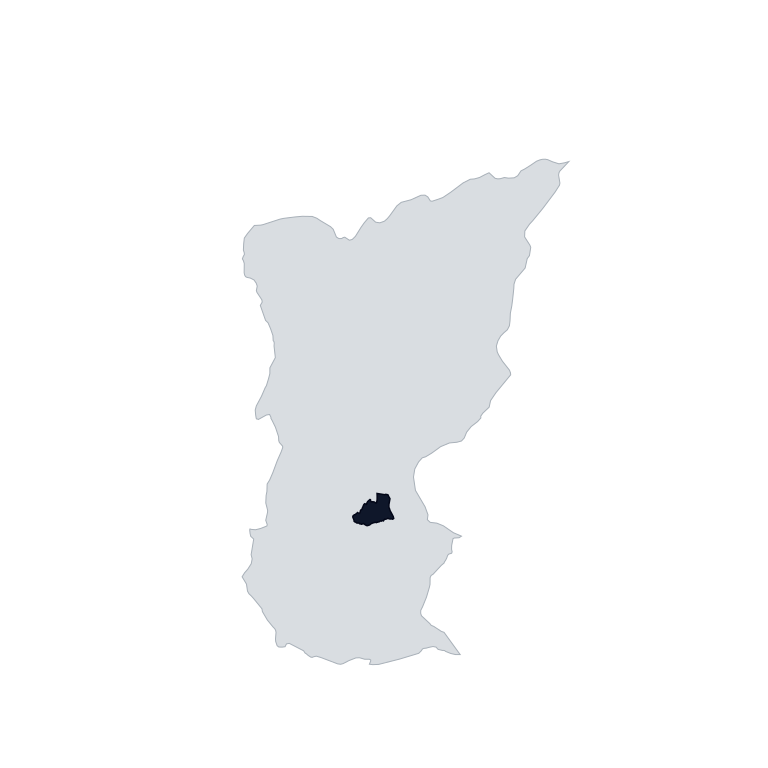 location of Bogangolo, Ombella-M'Poko, Central African Republic, rotated 297°
{"feature_id": "33826404B36599130273361", "entity_name": "Bogangolo", "entity_type": "district", "adm_level": 2, "iso_a3": "CAF", "parent_name": "Central African Republic", "parent_adm1": "Ombella-M'Poko", "projection": "albers", "projection_center": [18.123, 5.472], "detail": "fine", "context": "in_parent", "style": "filled", "palette": "ink", "viewbox_px": 768, "rotation_deg": 297, "n_neighbors": 0, "source": "geoboundaries", "source_scale": "gbopen_adm2", "svg_char_len": 5765}
<svg xmlns="http://www.w3.org/2000/svg" viewBox="0 0 768 768"><g transform="rotate(297 384 384)"><path d="M518.6,293.2L524.9,294.7L526.1,296.7L524.4,303.1L525.7,307.1L529.3,310.5L532.9,311.9L536.4,312.7L548.6,314.6L553.7,316.9L560.4,324.4L568.9,331.2L570.9,334.8L570.6,338.1L568.2,342.1L568.6,343.8L572.5,347.7L576.9,351.8L585.0,356.3L599.1,363.2L605.6,367.9L607.8,371.5L611.4,375.4L616.5,379.0L619.9,381.7L617.7,389.6L618.4,392.2L619.7,394.4L622.6,397.5L623.9,401.4L626.8,406.4L630.3,408.6L636.1,409.3L639.2,411.6L645.6,415.4L651.8,418.8L654.4,421.1L656.1,423.1L657.5,425.6L658.2,428.0L658.5,433.3L659.6,439.9L663.0,444.4L666.1,447.7L653.5,444.0L651.6,444.0L649.4,444.7L642.9,449.5L640.8,450.1L632.6,449.3L612.6,445.8L597.1,442.4L592.5,441.1L584.3,440.0L578.9,442.5L573.9,451.0L572.4,452.7L564.4,455.3L560.7,454.7L551.4,457.1L537.1,453.7L532.0,454.5L528.0,456.3L517.8,460.2L511.6,462.4L504.3,464.5L497.5,467.6L492.8,469.3L488.3,469.3L484.2,467.6L479.7,466.2L474.3,465.9L468.8,466.9L464.0,470.3L462.1,472.7L458.1,479.1L453.3,489.5L451.4,491.6L449.7,492.7L427.2,487.7L417.6,486.5L411.1,488.2L402.9,485.3L399.3,484.8L397.7,485.7L393.1,484.5L385.7,481.0L378.6,479.5L372.3,480.0L368.4,478.9L365.2,475.4L361.2,469.1L353.9,462.9L344.1,457.9L338.0,454.1L335.6,451.6L330.3,450.2L322.3,450.0L314.5,452.5L303.5,460.3L293.2,476.4L287.4,482.6L282.8,484.2L281.7,488.0L284.0,494.2L284.6,501.3L283.0,513.3L283.6,522.1L281.1,520.7L278.7,516.6L277.6,515.7L270.8,517.6L267.3,519.3L265.4,520.9L263.9,521.1L261.8,518.9L260.1,518.5L257.4,518.9L254.7,518.9L252.9,518.6L251.7,518.8L248.5,517.4L236.8,514.1L234.8,512.9L232.4,513.0L226.3,516.0L223.1,516.8L213.4,518.6L203.0,519.5L199.0,519.5L196.3,520.8L194.5,522.6L191.3,533.7L190.4,535.6L190.6,538.4L189.6,547.4L190.0,550.2L177.5,574.7L175.4,570.6L174.2,565.8L173.7,560.3L174.0,558.8L173.2,557.2L172.1,552.7L173.2,549.8L172.3,546.8L169.9,543.8L167.8,541.5L166.5,539.5L165.4,538.6L163.0,538.3L159.8,537.2L146.0,522.8L131.7,506.5L128.8,501.3L127.7,498.2L131.2,497.9L132.1,497.4L132.1,495.9L130.0,491.8L129.0,486.5L127.2,483.3L121.6,478.3L116.3,474.5L114.6,472.6L113.6,469.8L111.7,452.3L110.8,447.3L109.1,445.2L107.9,444.2L107.4,442.9L107.7,439.8L108.4,437.0L108.4,435.9L109.8,433.5L109.9,417.4L108.2,415.1L105.0,415.1L103.3,412.7L101.9,409.7L102.3,407.6L105.4,404.4L107.5,403.1L113.6,400.6L115.3,399.3L116.4,397.7L117.1,395.5L120.7,387.3L126.0,379.0L128.3,377.3L133.7,365.1L134.9,362.0L135.8,358.9L137.5,356.4L143.3,352.3L147.8,345.1L152.5,345.5L157.3,346.7L163.6,347.3L168.4,345.9L171.6,343.1L186.7,338.3L187.8,334.4L190.2,332.4L193.0,330.6L194.0,330.4L194.2,331.7L195.8,335.7L199.3,339.7L204.3,344.1L205.7,343.8L208.9,340.5L216.8,338.5L218.7,337.6L224.3,332.7L231.1,329.6L235.0,328.5L241.8,325.3L246.6,325.7L254.4,325.2L267.3,323.7L276.7,323.2L281.4,322.6L282.6,321.9L284.4,317.3L285.8,315.9L289.3,313.9L296.2,306.9L300.7,300.9L302.1,298.8L303.0,298.4L304.9,295.9L303.0,293.3L295.3,288.1L295.4,287.4L295.0,286.5L295.4,285.7L298.3,283.6L302.3,281.1L306.5,280.2L317.5,280.4L326.9,279.8L329.1,280.0L336.4,278.7L341.4,277.6L346.6,275.0L358.2,275.2L367.9,268.8L370.7,267.6L371.9,266.6L372.3,265.6L376.8,263.0L381.9,257.7L385.9,252.9L386.9,249.6L397.9,238.1L401.7,238.3L403.6,236.9L407.9,229.3L409.2,227.9L413.7,226.6L415.9,224.3L417.7,220.9L417.7,216.8L416.8,213.5L416.8,211.9L417.8,210.4L419.6,208.9L427.9,204.8L430.0,202.8L431.2,201.0L433.6,200.7L436.1,200.8L437.7,199.7L439.5,197.9L445.3,195.3L450.6,193.3L456.2,194.1L466.4,196.5L469.5,201.9L471.0,203.8L483.7,216.5L486.1,219.5L492.4,228.8L496.3,235.0L500.7,244.0L501.2,248.9L500.7,253.1L499.9,265.0L498.8,268.5L493.3,274.9L493.1,277.8L494.3,280.2L496.0,281.2L497.0,282.4L496.4,287.9L498.4,290.1L502.6,291.5L513.1,292.4L518.6,293.2Z" fill="#d9dde1" stroke="#a8b0b8" stroke-width="1"/><path d="M283.3,427.5L281.7,428.4L280.4,429.1L278.0,430.3L276.6,430.8L275.6,431.0L275.0,431.3L274.6,431.2L274.4,431.0L274.2,430.7L274.2,430.2L274.4,429.7L274.4,429.3L274.4,428.9L274.4,428.4L274.0,427.9L273.9,427.3L273.6,426.8L273.5,426.6L273.3,426.1L273.3,425.7L273.5,425.5L273.9,425.1L274.0,425.0L274.8,424.4L274.7,423.9L271.8,422.8L271.2,422.8L270.1,422.8L269.9,422.8L269.3,423.1L268.8,423.1L268.6,422.8L268.6,422.3L268.7,421.7L268.6,421.2L267.9,420.9L267.4,420.8L266.6,420.8L265.8,420.9L264.6,421.0L263.3,421.0L262.3,421.3L262.1,421.2L261.7,420.9L261.3,420.6L261.0,420.5L260.6,420.5L260.1,420.6L259.5,420.8L258.8,421.0L258.4,421.0L257.7,420.7L257.4,420.5L257.4,419.8L257.4,418.7L257.1,418.7L256.7,418.7L256.3,418.4L256.0,418.1L255.5,418.0L254.8,417.9L254.1,417.0L252.6,416.3L251.4,416.5L250.4,417.6L249.2,419.0L248.1,419.7L247.9,420.7L247.9,421.0L248.1,421.2L248.1,421.5L248.1,421.9L248.0,422.0L247.8,422.4L247.8,422.7L247.9,423.2L248.1,423.5L248.4,424.1L248.6,424.5L248.6,424.8L248.8,425.4L248.5,425.6L248.5,425.8L248.4,426.1L248.7,426.6L249.0,427.0L248.8,427.4L248.9,427.8L249.2,428.1L249.6,428.3L249.9,428.4L250.3,428.8L250.4,429.1L250.2,429.8L249.9,430.2L250.0,430.5L250.3,430.7L250.0,431.7L249.9,432.5L250.3,433.6L251.7,435.0L252.1,435.3L252.7,435.5L253.7,435.9L254.1,436.4L254.7,436.8L255.2,437.0L255.6,437.3L255.6,437.9L256.0,438.2L256.6,438.5L256.7,438.8L256.9,439.2L256.9,439.9L257.1,440.2L257.4,440.3L257.8,440.8L257.9,441.0L258.3,441.4L258.6,441.4L258.9,442.1L259.3,442.5L260.0,442.8L260.4,443.0L260.6,443.4L260.6,443.9L261.1,444.1L261.5,444.5L261.6,444.9L261.7,445.6L262.1,445.7L262.5,445.7L263.1,445.7L263.8,445.9L263.9,446.3L264.4,447.0L264.8,447.4L265.1,447.7L265.5,448.0L265.8,448.1L266.1,448.4L266.2,449.9L266.6,451.0L267.3,451.9L267.3,452.8L267.6,453.2L268.6,453.7L270.1,452.4L272.1,449.6L274.0,446.8L275.3,445.6L276.4,444.3L278.8,443.1L284.5,441.4L286.0,439.1L287.0,438.0L286.9,436.9L286.4,435.5L285.7,434.9L283.3,427.5Z" fill="#0f172a" stroke="#020617" stroke-width="1.5"/></g></svg>